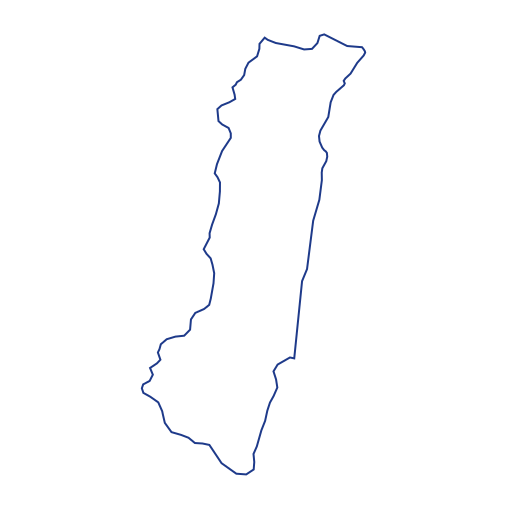 the County of Hualien, rotated 356°
{"feature_id": "TWN-1172", "entity_name": "Hualien", "entity_type": "County", "adm_level": 1, "iso_a3": "TWN", "parent_name": "Taiwan", "parent_adm1": "", "projection": "mercator", "projection_center": [121.379, 23.74], "detail": "fine", "context": "isolated", "style": "outline", "palette": "blue", "viewbox_px": 512, "rotation_deg": 356, "n_neighbors": 0, "source": "natural_earth", "source_scale": "10m", "svg_char_len": 1689}
<svg xmlns="http://www.w3.org/2000/svg" viewBox="0 0 512 512"><g transform="rotate(356 256 256)"><path d="M376.2,55.0L376.9,55.9L378.0,57.6L378.9,59.4L379.1,60.7L377.4,63.5L370.5,70.3L363.0,80.7L357.5,85.1L355.7,87.4L356.6,90.0L355.6,91.8L347.6,97.8L344.6,100.7L341.2,107.9L337.8,122.4L329.0,135.4L327.2,140.7L327.4,146.3L329.6,152.5L331.4,155.2L332.9,156.5L333.9,158.1L334.0,161.9L332.7,166.3L328.3,173.1L327.4,177.3L327.0,184.9L323.1,204.4L315.5,224.8L306.0,272.6L300.2,284.3L287.0,360.8L282.8,359.6L270.0,365.8L265.4,372.3L267.4,380.5L268.1,388.7L263.8,396.9L259.7,403.2L256.5,411.1L253.6,421.1L249.2,430.3L243.5,446.1L239.7,453.3L239.9,461.4L238.8,468.8L231.0,473.2L221.2,471.8L207.2,460.3L196.3,441.2L189.5,439.3L182.0,438.3L176.0,432.6L168.7,429.2L159.4,425.8L153.4,416.1L152.0,407.3L151.6,404.3L148.3,395.2L140.7,389.0L134.1,384.7L132.9,380.0L134.5,376.2L141.2,373.2L144.8,367.2L142.5,360.3L149.7,356.2L153.4,352.8L151.4,345.4L153.2,342.2L154.9,337.4L161.1,332.8L170.0,330.8L178.8,330.5L185.1,324.9L186.7,314.7L191.5,308.5L200.6,305.2L205.9,301.5L207.9,295.4L211.7,280.3L213.1,270.3L212.0,261.8L210.6,255.2L206.8,250.4L204.3,245.6L211.1,234.4L211.3,230.0L214.4,221.6L218.9,211.5L222.6,201.0L224.5,189.1L225.2,180.1L223.1,174.7L220.6,170.7L223.5,161.6L229.5,148.9L239.1,136.4L239.4,131.9L237.6,126.4L231.4,122.4L228.0,118.8L227.7,106.8L232.1,103.4L240.1,100.8L246.2,97.9L245.9,93.6L244.3,86.1L247.7,83.7L249.1,81.3L253.2,79.1L256.8,74.7L258.4,68.5L262.0,62.6L271.0,56.9L273.8,49.6L274.3,44.6L279.9,38.8L282.8,41.2L290.6,44.9L308.6,49.5L318.4,53.3L326.3,53.3L332.1,47.9L334.9,40.8L339.5,39.7L361.6,52.9L374.9,54.9L376.2,55.0Z" fill="none" stroke="#1e3a8a" stroke-width="2"/></g></svg>